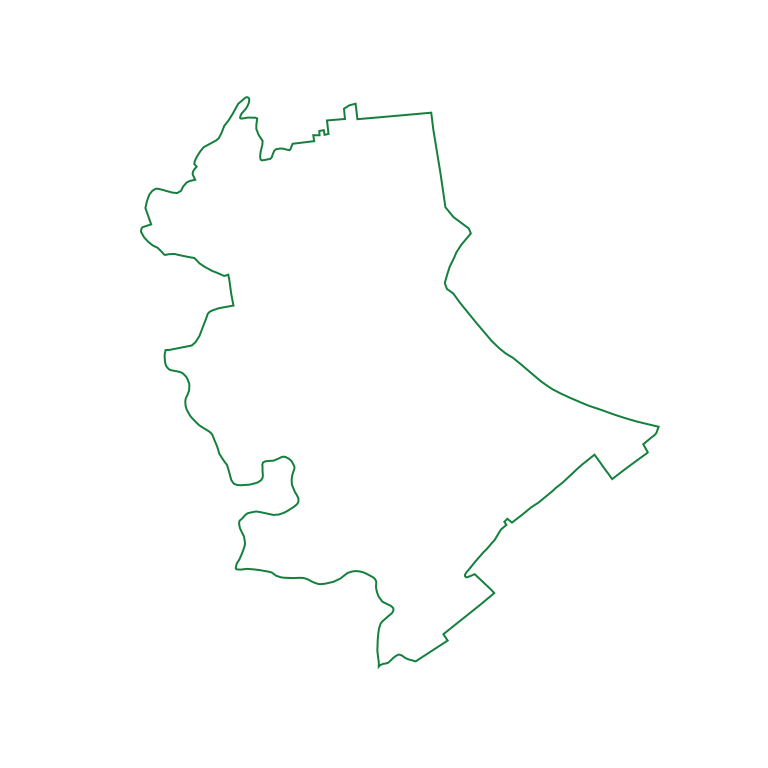 Ninh Bình, Ninh Bình, Vietnam, rotated 15°
{"feature_id": "81297802B33091662264636", "entity_name": "Ninh Bình", "entity_type": "district", "adm_level": 2, "iso_a3": "VNM", "parent_name": "Vietnam", "parent_adm1": "Ninh Bình", "projection": "albers", "projection_center": [105.965, 20.245], "detail": "fine", "context": "isolated", "style": "outline", "palette": "green", "viewbox_px": 768, "rotation_deg": 15, "n_neighbors": 0, "source": "geoboundaries", "source_scale": "gbopen_adm2", "svg_char_len": 5313}
<svg xmlns="http://www.w3.org/2000/svg" viewBox="0 0 768 768"><g transform="rotate(15 384 384)"><path d="M452.1,658.3L452.9,656.6L456.0,654.3L457.7,653.7L459.9,652.4L461.4,650.4L462.5,648.5L463.5,646.7L465.2,644.4L466.3,643.2L467.8,641.8L469.1,641.4L471.9,641.7L475.1,643.0L478.1,643.6L486.4,643.7L503.1,625.1L511.9,615.3L506.1,610.3L534.5,571.8L544.6,557.4L540.3,554.7L520.8,544.2L518.1,546.4L514.5,549.1L513.2,549.4L511.9,548.5L511.6,547.4L512.2,544.8L513.8,541.7L518.1,532.0L523.8,520.4L525.8,517.2L529.2,510.0L531.2,506.1L534.6,494.3L538.7,488.4L535.9,486.0L538.0,482.3L543.5,484.7L551.1,474.8L558.1,465.0L563.8,458.7L574.4,443.9L576.6,440.3L582.0,433.1L593.4,414.8L596.4,410.3L605.6,397.8L608.7,400.3L614.5,405.0L618.9,408.7L624.9,413.4L627.5,415.6L629.0,416.8L638.8,404.0L648.7,391.6L656.2,382.4L656.5,381.7L650.0,375.1L656.4,366.1L658.0,364.1L659.2,362.3L659.9,360.1L660.0,357.7L660.3,354.2L648.0,354.6L637.0,354.8L636.2,354.8L624.6,354.5L613.4,353.9L600.5,352.8L587.5,352.0L582.2,351.3L579.1,350.9L568.6,349.4L557.9,347.6L548.2,345.5L541.3,343.2L534.5,340.6L525.5,336.4L511.3,329.6L501.4,325.2L493.6,323.0L485.8,319.5L476.9,314.6L467.7,308.2L457.4,301.1L441.1,289.3L435.3,285.0L427.4,278.6L420.2,275.9L418.6,273.7L416.6,270.8L416.7,261.9L417.1,253.9L417.7,250.5L417.8,250.3L419.2,243.0L419.8,238.4L422.5,229.8L425.8,222.7L428.9,216.1L425.7,211.8L419.2,209.3L407.9,204.8L397.6,197.4L383.9,165.6L379.6,156.1L365.7,125.3L359.4,109.7L357.5,110.4L329.4,120.7L289.8,135.1L284.0,120.6L278.4,123.8L274.1,128.4L277.7,138.1L260.7,144.2L265.7,156.8L262.5,158.5L262.1,158.7L260.1,154.4L256.0,156.4L257.4,160.4L251.3,162.0L253.7,167.6L252.4,168.0L244.8,171.1L233.5,175.6L232.9,181.2L232.2,182.6L229.8,182.8L225.3,182.8L222.3,183.6L219.1,185.1L217.7,186.9L217.2,189.9L216.9,193.9L216.1,195.8L211.0,198.4L208.1,199.6L206.9,199.2L206.0,197.8L205.3,195.5L204.7,191.0L204.6,184.7L204.2,182.5L203.8,180.5L201.3,178.4L199.8,177.1L197.7,175.0L196.3,172.8L194.7,170.8L193.6,166.5L192.8,160.3L190.7,160.1L183.5,161.9L178.3,164.3L176.9,164.6L176.2,164.3L176.0,163.7L176.0,162.0L176.5,159.6L179.2,154.0L179.3,153.8L179.6,152.9L180.4,149.7L180.7,146.8L180.3,144.5L179.8,143.1L178.9,142.6L178.1,142.4L177.1,142.5L175.9,143.4L173.3,147.3L170.7,151.0L169.7,154.9L167.9,162.2L165.6,169.7L162.9,176.0L162.8,176.7L162.1,183.5L160.8,189.4L158.8,192.2L153.7,197.0L148.5,202.0L146.3,206.9L144.4,212.9L143.6,217.6L143.8,220.6L146.8,222.6L145.1,226.0L144.5,228.6L144.9,231.0L147.7,234.4L148.8,235.6L143.6,238.3L141.2,240.5L138.9,245.2L137.9,250.0L134.8,253.1L129.9,253.9L117.1,253.8L114.3,254.0L112.6,254.8L110.2,257.4L108.3,261.9L107.7,268.9L108.0,275.8L117.8,290.1L110.3,294.9L109.6,296.4L109.6,298.7L110.0,300.0L114.5,304.6L119.7,307.8L125.0,310.1L130.1,311.0L134.6,313.6L138.2,315.9L139.8,315.8L141.6,314.7L145.3,313.4L148.3,312.6L152.7,312.5L161.1,312.0L168.3,311.4L171.0,313.0L174.5,315.2L180.6,317.3L189.0,319.3L193.1,319.7L201.7,321.0L205.3,318.7L206.7,321.8L207.0,321.9L213.2,336.7L218.3,347.2L205.1,353.4L199.5,357.1L197.0,359.3L196.6,360.0L195.6,361.8L195.3,366.2L193.8,380.5L193.3,385.4L191.1,392.4L188.3,396.6L167.7,406.7L164.3,407.7L164.4,411.7L165.4,415.6L166.8,419.4L168.2,422.0L169.0,423.0L170.6,424.3L172.4,425.4L174.3,425.8L176.2,425.7L181.2,425.3L184.2,425.2L186.9,425.8L189.4,427.2L191.3,428.4L193.3,430.6L195.7,434.0L196.5,436.2L196.9,438.3L197.4,440.6L197.0,445.1L196.3,448.7L196.3,450.1L196.6,452.5L197.9,456.2L200.0,459.7L202.0,461.9L205.0,464.9L207.6,466.7L212.2,469.5L215.8,471.5L218.9,472.6L227.0,475.0L229.7,476.2L231.5,477.7L234.9,482.3L238.6,487.0L241.1,490.8L241.7,492.0L243.0,494.0L245.1,496.0L250.2,500.5L253.0,502.5L254.1,504.0L256.9,508.6L259.6,513.3L261.3,516.2L263.0,517.8L264.9,519.2L268.3,519.6L272.0,518.8L280.0,516.1L284.8,513.5L287.5,511.8L289.4,509.7L290.4,508.3L291.0,506.0L290.7,503.8L289.1,499.2L288.1,495.4L287.3,493.5L287.4,491.3L289.2,489.5L292.3,488.3L297.2,486.6L301.1,483.6L304.2,480.9L306.1,480.1L307.7,480.0L311.8,480.9L314.8,482.5L318.7,486.7L319.3,488.5L319.3,489.9L319.1,493.2L319.0,494.9L319.1,497.5L319.7,501.0L321.3,505.4L326.0,511.5L328.6,513.9L330.2,515.8L331.0,517.0L331.7,519.1L331.7,520.5L331.3,522.1L330.0,524.3L327.5,527.4L323.3,531.9L320.4,534.5L316.0,537.4L311.0,539.1L305.2,539.4L298.5,539.7L293.5,540.2L290.6,541.6L285.9,544.0L283.9,546.4L283.3,547.6L282.3,549.8L281.2,551.6L280.2,552.9L279.8,554.2L279.9,555.1L280.6,557.5L282.2,560.6L285.4,564.4L287.9,567.1L289.0,569.2L290.4,572.4L291.1,574.3L291.3,577.5L290.7,584.5L289.7,590.9L288.2,596.0L288.3,599.1L288.6,600.6L289.4,601.1L290.2,601.1L293.5,600.4L299.6,598.0L305.9,596.8L312.6,595.9L321.9,595.1L324.3,595.1L326.6,596.0L329.5,597.1L331.9,597.3L334.8,597.4L337.6,597.0L346.4,595.0L352.5,593.1L355.9,592.3L358.6,592.2L361.6,592.5L364.0,593.2L367.9,593.9L372.4,594.2L374.6,593.7L378.9,592.1L386.3,588.2L392.1,583.3L397.5,576.2L398.3,575.6L401.1,573.7L404.2,572.3L408.2,571.4L412.4,571.2L416.6,571.9L423.7,573.6L425.4,574.6L426.8,575.7L427.9,577.6L428.7,581.7L429.6,584.1L431.2,587.0L432.4,588.8L433.7,590.6L436.0,592.4L438.8,594.7L440.3,595.0L444.6,595.9L448.0,596.5L450.6,597.8L451.5,599.1L451.6,600.0L451.5,601.6L451.0,603.2L448.5,606.8L444.6,612.6L443.4,614.6L442.7,616.8L442.5,621.1L442.9,625.3L444.1,632.5L446.6,643.3L448.5,648.2L451.2,654.7L452.1,658.3Z" fill="none" stroke="#15803d" stroke-width="2"/></g></svg>